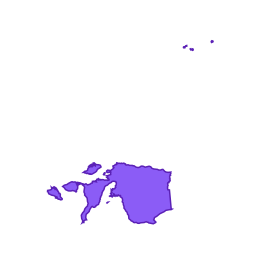 the district of Seram Bagian Barat, Maluku, Indonesia, rotated 11°
{"feature_id": "22746128B92585048181027", "entity_name": "Seram Bagian Barat", "entity_type": "district", "adm_level": 2, "iso_a3": "IDN", "parent_name": "Indonesia", "parent_adm1": "Maluku", "projection": "orthographic", "projection_center": [128.082, -2.474], "detail": "fine", "context": "isolated", "style": "filled", "palette": "violet", "viewbox_px": 256, "rotation_deg": 11, "n_neighbors": 0, "source": "geoboundaries", "source_scale": "gbopen_adm2", "svg_char_len": 6001}
<svg xmlns="http://www.w3.org/2000/svg" viewBox="0 0 256 256"><g transform="rotate(11 128 128)"><path d="M178.5,163.1L175.8,163.9L173.9,164.0L172.4,163.6L170.2,162.0L169.3,162.2L167.9,163.1L166.2,163.4L164.9,163.0L160.9,163.3L159.0,162.9L157.7,161.7L156.0,161.5L152.3,163.2L150.6,162.7L148.9,162.7L147.7,163.3L147.0,164.2L145.5,164.9L143.4,164.9L141.0,163.9L140.3,164.2L139.6,163.9L136.6,164.4L135.2,164.1L133.2,164.7L132.4,164.3L132.4,163.8L130.6,163.3L129.4,163.9L128.2,163.8L127.9,164.2L126.4,164.2L125.8,164.5L123.6,164.3L123.5,164.9L124.0,165.6L123.8,166.1L122.4,166.3L122.0,167.3L120.5,168.1L120.7,169.1L121.7,169.7L121.0,171.0L119.0,173.1L116.1,173.2L115.2,174.3L115.3,175.1L116.0,175.7L117.7,175.3L119.2,174.2L119.6,174.5L119.5,175.5L119.9,177.0L116.6,178.9L117.3,179.3L117.4,180.0L117.0,179.8L116.8,180.2L117.1,180.1L117.1,180.8L118.1,181.9L118.6,181.5L118.8,182.1L119.2,182.2L119.2,183.0L118.3,183.0L117.8,183.4L116.3,183.2L115.4,183.8L113.7,183.4L112.1,183.7L111.5,184.1L111.0,183.8L110.5,184.1L109.0,183.6L108.8,183.8L109.2,184.3L108.7,184.7L108.3,184.3L109.0,184.3L108.6,184.0L108.5,183.5L107.2,184.5L107.0,185.4L106.4,185.8L106.4,186.7L107.0,186.6L107.2,186.9L106.0,186.9L105.9,186.6L105.5,186.9L105.1,186.6L104.6,187.0L104.0,186.8L103.7,187.5L103.3,187.4L103.4,188.8L102.4,189.2L101.8,190.1L100.5,190.9L99.1,191.6L97.4,190.8L96.2,191.6L95.2,191.7L94.3,191.3L93.5,191.5L93.8,192.3L96.0,193.5L96.7,194.5L96.9,198.6L97.2,199.6L98.2,200.9L98.2,202.1L100.9,204.2L101.4,205.0L102.3,208.0L103.3,209.6L103.0,211.5L103.2,212.3L102.1,213.6L101.1,215.5L100.7,218.2L99.6,220.0L98.8,222.5L99.9,225.9L101.1,227.4L101.4,229.0L101.2,229.7L101.5,229.4L102.7,229.2L102.5,228.2L102.6,227.4L103.5,226.5L104.9,226.0L103.7,224.4L103.4,222.1L103.5,220.4L104.3,219.6L105.8,217.4L106.0,215.5L107.1,212.6L107.8,211.8L109.1,212.4L110.0,212.3L111.3,211.3L111.4,210.3L113.6,208.6L113.7,207.3L114.3,205.3L114.0,204.4L114.4,203.2L114.0,202.5L114.4,201.1L114.2,200.6L114.8,199.5L115.0,197.1L114.8,196.4L115.1,196.0L115.2,194.8L115.7,194.3L116.2,192.5L116.3,190.4L117.0,189.1L118.7,188.0L120.1,186.0L122.0,184.6L122.3,183.8L123.5,183.1L125.6,182.9L126.0,183.3L126.6,183.3L127.1,184.3L127.2,186.5L126.6,187.3L127.3,188.6L126.6,189.5L126.7,190.0L125.7,190.7L124.6,190.3L124.4,189.9L124.5,190.9L124.2,191.4L124.6,192.1L124.1,192.4L123.3,191.8L123.5,192.7L123.9,193.1L123.8,193.8L123.2,194.3L124.1,193.9L124.4,194.2L123.4,195.5L124.4,196.1L124.4,196.6L125.1,198.0L125.8,198.5L126.2,197.5L126.6,197.5L126.8,197.0L127.4,197.2L126.4,195.4L127.0,195.5L127.6,196.3L128.1,196.4L129.1,197.1L129.4,197.0L129.1,196.5L129.4,196.3L129.9,196.9L130.4,196.9L131.1,196.4L130.9,195.9L132.0,195.3L131.5,196.0L132.5,196.2L133.2,195.7L133.6,195.9L133.7,197.0L135.6,197.9L136.0,198.6L136.5,199.8L136.4,201.6L137.5,202.3L138.1,204.3L139.0,205.6L139.4,207.5L140.9,208.7L141.5,209.8L142.7,210.4L143.7,211.8L143.9,212.6L145.2,213.6L146.1,216.6L146.8,217.3L147.9,217.7L148.9,218.6L150.4,218.8L151.3,219.5L152.2,219.7L154.1,219.1L155.5,219.6L157.0,219.5L158.6,218.6L161.9,217.7L163.7,216.5L164.7,216.8L165.7,216.7L166.3,217.2L171.1,217.2L173.3,215.4L173.3,215.0L170.7,213.3L171.1,212.2L170.9,211.5L171.2,210.8L172.3,209.7L172.8,209.5L175.6,206.1L179.5,203.2L180.9,201.6L184.4,200.2L185.9,199.9L186.7,199.2L185.9,199.2L185.6,198.4L180.5,180.9L178.9,181.0L178.4,179.9L178.0,177.6L178.3,176.9L177.5,175.2L177.7,173.9L177.4,173.4L178.1,174.0L178.5,173.9L178.5,173.0L178.8,173.0L179.2,172.4L179.0,172.0L179.4,171.2L178.6,170.0L178.9,169.7L178.2,168.1L178.2,166.8L178.8,166.2L178.3,165.6L178.7,164.5L178.4,164.2L178.5,163.1ZM86.4,191.0L84.5,191.6L83.8,191.4L82.7,191.7L79.8,194.0L79.2,194.9L76.4,196.3L75.0,197.9L76.6,198.6L78.5,200.4L81.4,201.1L84.0,200.7L85.4,200.0L87.6,200.0L89.1,200.7L89.5,200.4L89.6,199.9L89.2,198.8L90.1,197.3L89.9,195.3L89.1,194.0L89.8,194.1L89.9,193.7L88.1,192.7L87.4,191.5L86.4,191.0ZM101.6,168.7L100.5,169.0L100.5,169.5L101.0,169.7L101.5,169.5L102.8,170.3L103.1,171.4L101.5,170.9L100.7,172.2L99.9,172.4L99.9,172.7L99.6,172.5L99.7,172.8L98.7,173.2L97.2,173.3L97.4,174.0L96.6,174.8L96.3,176.3L96.4,177.3L94.9,178.5L94.1,178.5L92.7,180.1L93.7,179.9L94.2,180.4L94.9,180.2L95.9,180.6L96.9,180.1L97.3,180.4L98.6,180.3L98.4,180.5L98.6,180.7L100.6,180.5L101.5,180.1L104.4,177.6L105.3,176.5L105.9,174.4L108.9,171.6L108.7,170.8L107.7,169.8L105.8,169.7L104.1,170.0L102.7,169.5L101.6,168.7ZM68.9,200.7L68.2,200.9L68.1,201.5L67.7,201.4L67.7,201.7L66.9,201.0L65.1,201.7L64.3,201.1L64.7,202.0L64.6,202.9L63.4,203.7L61.0,204.6L61.1,205.5L61.3,205.4L62.8,207.7L65.9,208.5L68.1,208.5L69.9,209.1L71.5,209.3L72.0,210.3L73.0,211.2L74.4,211.0L75.3,211.4L76.7,211.0L77.0,210.5L76.9,210.0L74.8,208.5L74.4,207.6L74.4,206.5L73.8,205.4L73.5,205.2L72.8,205.5L71.9,203.9L71.1,203.5L70.7,202.7L69.9,202.4L69.3,201.6L69.8,201.7L69.6,201.5L68.7,201.8L68.5,201.5L69.2,201.0L68.9,200.7ZM101.6,170.2L101.0,169.8L101.0,170.1L99.1,170.6L97.3,172.3L96.9,173.1L98.2,173.0L99.0,172.4L100.2,172.2L100.3,171.7L101.3,171.0L101.6,170.2ZM91.8,191.0L88.6,191.0L87.7,191.3L88.2,192.3L88.8,192.0L89.9,192.2L90.6,192.9L91.2,192.5L90.4,191.4L91.4,191.5L91.6,192.2L93.2,191.4L91.8,191.0ZM194.7,26.4L193.7,26.3L193.3,26.8L193.2,27.5L193.7,28.1L194.9,27.3L195.0,26.9L194.7,26.4ZM176.5,39.5L177.0,39.2L177.0,38.4L176.8,38.1L176.1,38.0L175.7,38.6L175.8,39.2L176.5,39.5ZM114.1,176.5L113.6,176.4L113.2,176.9L112.8,178.4L113.3,178.6L113.7,178.5L114.1,176.5ZM167.6,38.7L168.6,38.3L168.5,37.5L167.8,37.4L167.1,37.8L167.1,38.5L167.6,38.7ZM66.6,199.8L66.1,200.5L67.6,200.8L67.8,201.2L68.0,200.3L66.6,199.8ZM124.6,198.4L124.3,196.9L122.9,198.4L123.2,198.6L123.8,198.2L124.6,198.4ZM175.0,38.9L174.5,38.2L174.0,38.6L174.7,39.3L175.0,38.9ZM169.2,36.8L170.1,36.4L169.9,35.8L169.0,36.3L168.9,36.6L169.2,36.8ZM121.4,206.1L122.6,204.6L122.3,204.7L121.9,205.0L121.5,205.6L121.4,206.1ZM70.4,209.9L70.1,210.0L70.2,210.5L70.7,210.5L70.4,209.9ZM65.7,201.0L64.8,200.9L65.1,201.3L65.7,201.0ZM115.9,179.0L115.4,178.9L115.1,179.1L115.9,179.0Z" fill="#8b5cf6" stroke="#5b21b6" stroke-width="1.5"/></g></svg>